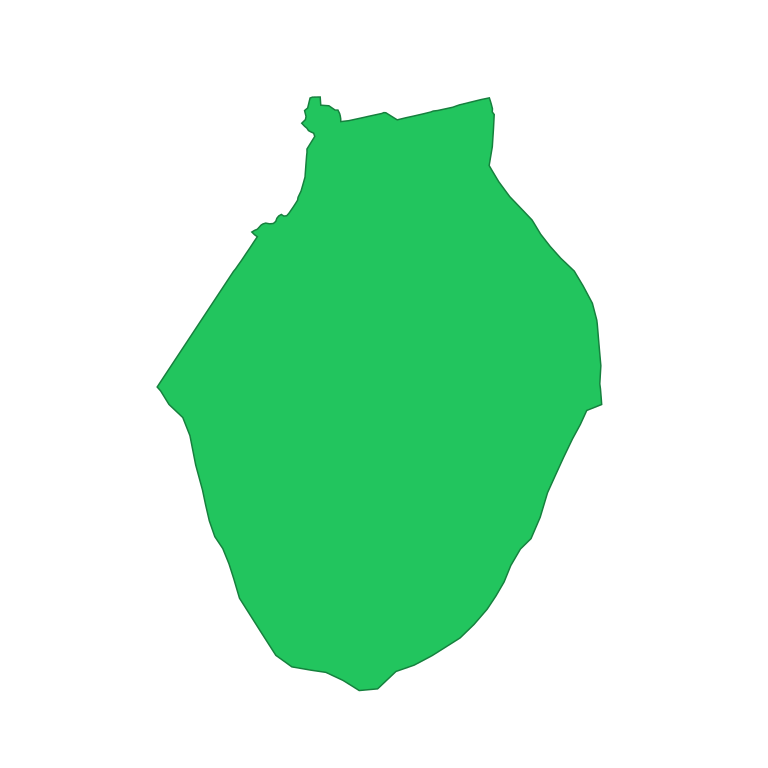 outline of Semienawi Mierab, Maekel, Eritrea, rotated 167°
{"feature_id": "51966322B56082674650687", "entity_name": "Semienawi Mierab", "entity_type": "district", "adm_level": 2, "iso_a3": "ERI", "parent_name": "Eritrea", "parent_adm1": "Maekel", "projection": "albers", "projection_center": [38.931, 15.377], "detail": "fine", "context": "isolated", "style": "filled", "palette": "green", "viewbox_px": 768, "rotation_deg": 167, "n_neighbors": 0, "source": "geoboundaries", "source_scale": "gbopen_adm2", "svg_char_len": 1993}
<svg xmlns="http://www.w3.org/2000/svg" viewBox="0 0 768 768"><g transform="rotate(167 384 384)"><path d="M217.0,639.1L225.5,639.3L247.6,639.0L251.4,638.6L254.6,638.2L270.1,638.4L274.7,638.9L277.3,638.5L284.3,638.4L286.7,638.4L294.9,638.4L302.6,638.5L311.7,638.4L321.2,647.9L323.2,648.5L325.2,648.1L331.6,648.2L339.2,648.3L343.5,648.3L351.8,648.4L359.1,648.5L367.1,649.4L366.5,652.2L366.3,655.2L366.4,657.6L367.3,661.3L370.0,661.9L375.1,667.5L382.9,669.9L381.6,678.0L389.2,679.6L391.7,679.3L396.3,670.1L399.9,668.3L399.8,662.2L401.1,659.3L405.5,656.6L403.4,653.0L401.6,650.6L400.6,647.9L398.7,646.2L396.1,644.2L395.8,640.8L406.2,630.3L407.0,626.8L408.0,624.0L409.1,620.5L410.3,616.7L411.2,613.8L413.0,608.0L414.4,603.4L417.9,597.0L421.4,590.7L425.7,585.3L426.9,582.5L430.0,579.4L432.8,576.7L438.4,571.6L441.0,569.8L443.9,570.2L445.9,572.3L448.8,571.4L451.1,569.6L452.9,566.8L455.7,565.3L459.4,565.8L463.1,567.4L465.9,567.2L468.0,566.5L472.6,563.3L475.6,562.8L478.6,561.8L476.6,558.6L474.3,556.0L479.1,551.5L484.0,546.8L489.3,541.9L494.9,536.6L499.4,532.6L502.8,529.5L505.3,527.6L596.9,440.5L605.7,432.1L603.2,427.5L598.1,412.4L587.6,396.6L584.7,377.4L585.7,347.5L584.7,321.5L585.0,306.3L585.0,290.0L583.2,273.3L578.1,259.9L575.5,243.7L574.2,228.1L573.0,207.8L559.6,169.7L550.4,143.9L537.4,129.1L519.3,121.5L505.5,116.1L490.6,104.4L477.1,90.9L458.8,88.4L437.0,101.2L417.8,103.3L398.0,108.6L366.9,119.5L350.2,129.6L334.1,141.4L322.6,152.3L311.5,164.1L301.3,178.6L288.2,192.5L275.5,200.3L261.8,219.0L249.1,241.3L237.2,256.9L225.6,272.0L212.7,288.1L201.8,300.4L192.4,312.6L176.5,315.1L175.8,319.6L174.2,330.4L173.7,335.6L168.6,353.0L166.6,367.4L164.9,379.3L162.8,393.8L162.3,398.3L162.8,415.8L167.9,434.7L171.9,447.1L173.2,451.2L183.5,466.8L191.1,480.6L197.7,494.8L201.7,507.1L202.9,510.6L219.4,538.4L226.7,555.3L230.7,567.7L232.4,573.2L225.1,590.8L219.9,608.1L216.0,621.8L217.3,624.7L216.4,627.8L216.5,632.5L216.7,635.7L217.0,639.1Z" fill="#22c55e" stroke="#15803d" stroke-width="1.5"/></g></svg>